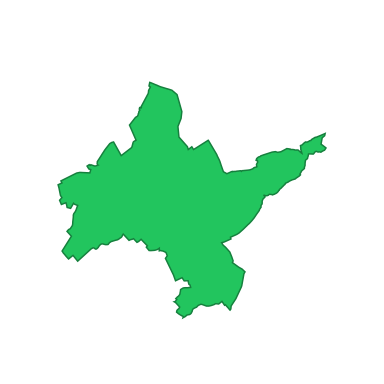 Simeria, Hunedoara, Romania (Mercator projection), rotated 41°
{"feature_id": "2599482B51970777066568", "entity_name": "Simeria", "entity_type": "district", "adm_level": 2, "iso_a3": "ROU", "parent_name": "Romania", "parent_adm1": "Hunedoara", "projection": "mercator", "projection_center": [23.018, 45.861], "detail": "fine", "context": "isolated", "style": "filled", "palette": "green", "viewbox_px": 384, "rotation_deg": 41, "n_neighbors": 0, "source": "geoboundaries", "source_scale": "gbopen_adm2", "svg_char_len": 5926}
<svg xmlns="http://www.w3.org/2000/svg" viewBox="0 0 384 384"><g transform="rotate(41 192 192)"><path d="M284.4,217.5L280.3,217.3L276.6,218.1L268.9,218.8L268.2,217.0L264.6,214.9L259.9,212.5L253.6,211.7L250.4,211.7L247.6,210.8L249.1,208.6L252.2,201.9L250.7,200.9L253.6,194.7L254.4,192.1L255.1,186.6L255.6,180.2L255.9,178.1L256.0,174.6L255.9,171.0L255.3,166.2L254.9,161.9L254.7,161.5L254.3,160.5L254.3,160.0L254.1,158.5L254.1,158.2L253.5,157.6L252.9,156.8L252.8,156.3L252.8,155.6L252.8,155.3L252.5,154.7L252.1,154.2L251.8,153.8L251.3,153.3L250.9,152.7L250.4,151.4L250.2,150.4L250.4,148.1L250.2,147.8L249.6,147.5L248.8,147.5L248.5,147.3L248.7,147.0L249.4,146.8L250.3,146.3L251.3,145.2L251.7,144.4L251.7,144.2L251.8,143.2L252.2,142.7L253.1,142.1L253.9,141.6L254.6,141.4L255.8,139.3L256.0,138.5L256.3,138.0L256.6,136.9L256.7,136.1L256.7,135.0L256.5,134.0L256.7,133.6L256.5,133.3L256.4,132.1L256.6,131.4L256.8,130.1L256.7,129.8L256.8,129.1L256.9,128.3L256.9,126.9L257.0,126.2L257.2,125.3L256.8,124.2L258.2,121.0L258.2,120.9L258.3,120.1L259.6,117.2L261.4,114.3L261.5,113.2L262.5,109.5L262.6,107.9L261.7,107.7L261.1,104.7L260.9,104.5L261.0,103.3L261.1,102.8L261.4,100.7L261.2,100.2L260.7,99.8L259.9,97.8L259.7,97.6L258.0,95.5L257.8,94.9L257.5,94.7L256.9,93.7L256.9,93.2L256.9,92.3L257.1,91.9L257.2,91.2L257.1,90.7L256.7,90.2L256.1,88.7L255.2,87.2L255.0,86.9L255.2,86.7L255.6,86.2L258.4,84.0L258.7,83.7L258.7,82.9L258.6,81.4L258.7,80.5L259.0,80.0L259.4,79.6L260.2,79.5L261.2,78.9L261.4,78.5L261.8,78.1L262.7,77.7L263.2,77.3L263.5,76.1L263.9,75.0L264.6,73.5L264.3,71.0L264.2,70.8L258.0,71.2L254.7,65.7L255.2,62.5L254.1,60.5L251.8,65.3L249.8,69.2L249.1,69.9L247.8,73.9L247.9,75.1L247.2,76.1L246.9,77.1L246.2,78.8L244.8,79.8L244.3,82.3L244.3,84.0L243.4,85.8L245.0,87.2L245.4,87.6L246.2,88.5L249.6,90.7L249.0,90.8L244.8,90.7L244.4,90.8L242.3,92.7L241.2,93.1L239.8,94.1L238.9,94.9L238.2,95.5L237.9,95.2L235.1,97.0L234.4,98.9L232.7,103.3L230.6,105.9L228.5,106.8L226.3,109.3L223.9,113.3L221.9,116.6L220.2,119.6L220.1,120.6L219.5,121.5L219.2,122.1L218.9,124.0L218.9,124.5L219.2,124.9L219.5,126.0L219.9,126.0L220.0,125.7L220.2,125.4L220.8,125.4L221.6,126.0L222.0,126.4L222.3,127.7L222.5,128.8L223.6,129.8L224.2,130.2L224.4,130.4L224.0,131.2L223.3,132.1L222.7,133.5L222.7,134.5L221.2,137.3L219.9,138.8L215.8,143.1L215.7,144.0L215.1,143.9L214.6,144.2L213.2,145.8L212.2,146.8L211.5,147.8L211.0,148.2L209.4,149.8L209.3,150.0L209.1,149.9L208.4,150.8L207.5,152.9L206.3,155.3L202.4,156.1L196.4,152.7L193.1,150.7L191.5,149.9L187.4,148.2L186.1,147.5L185.2,147.2L170.5,142.3L170.3,142.3L166.5,155.1L165.3,158.9L162.2,158.0L161.3,162.4L158.8,160.8L146.1,159.1L138.4,151.8L135.5,143.7L131.6,138.0L116.8,128.3L110.0,128.4L99.1,133.3L89.1,136.6L88.2,137.0L90.0,140.2L91.7,140.1L92.6,143.8L93.6,145.2L94.3,146.3L97.7,161.2L98.2,161.2L98.5,161.8L98.2,162.2L97.3,162.3L97.1,162.6L97.8,164.0L98.3,164.3L98.9,164.4L99.1,166.0L99.5,166.7L99.9,167.3L100.2,168.4L100.6,168.9L101.1,170.3L100.9,171.2L100.4,172.8L100.9,182.1L100.9,182.5L115.8,189.6L115.1,191.6L114.9,192.4L115.0,193.1L116.9,197.0L117.0,197.0L117.2,197.9L117.2,198.6L114.7,211.0L100.0,205.7L98.9,207.3L98.2,209.4L98.5,215.6L98.7,218.3L98.9,219.1L99.2,221.6L99.6,224.1L100.0,226.8L100.6,231.2L101.1,231.8L101.7,232.7L102.5,233.2L103.0,233.5L103.4,233.4L103.2,233.8L102.6,234.9L101.8,236.1L97.8,237.8L97.9,238.1L97.9,238.5L97.4,238.9L96.5,238.8L95.8,241.3L99.1,242.3L100.9,241.5L102.4,244.6L94.5,250.8L92.5,253.4L89.9,259.7L85.8,269.6L87.9,270.5L86.2,274.4L88.8,276.1L89.7,276.8L95.0,280.9L97.5,281.6L97.5,285.1L101.6,287.1L103.9,282.8L106.0,284.1L107.9,285.6L111.1,284.0L110.0,278.2L111.3,278.3L113.9,277.4L114.2,277.2L114.5,277.1L115.6,279.9L116.4,281.9L116.8,283.6L117.0,285.8L117.4,286.9L117.6,287.3L118.8,288.7L120.2,290.7L121.8,293.0L122.7,294.1L123.7,295.7L124.2,299.4L124.1,299.9L123.5,301.3L123.5,303.7L130.0,304.5L132.7,321.8L134.0,322.1L134.6,322.4L136.8,322.7L139.1,323.1L142.6,323.5L142.8,323.5L142.8,323.4L143.5,319.4L143.8,317.9L151.1,319.2L153.2,301.1L153.9,299.1L154.5,298.6L156.6,298.4L157.3,297.7L157.5,296.7L157.5,296.4L157.6,295.4L157.4,294.4L157.3,293.2L157.3,292.6L157.6,290.9L158.6,289.8L158.8,289.6L159.9,289.2L161.5,288.3L162.7,287.1L163.0,286.8L163.1,286.4L163.0,285.0L163.0,284.3L163.5,282.5L166.2,278.2L166.7,277.6L167.2,276.8L167.1,276.7L167.7,275.5L167.9,274.3L168.3,273.0L168.4,272.0L168.2,271.1L167.8,270.0L167.7,268.9L176.2,269.8L176.7,268.6L177.3,267.7L178.0,266.7L178.5,265.6L183.5,266.1L184.2,264.4L184.6,261.1L193.6,261.9L193.7,263.6L198.0,264.3L199.3,263.3L201.8,260.8L202.5,259.9L203.3,258.6L203.7,257.8L204.2,255.9L204.6,256.4L204.8,256.6L205.0,256.8L205.3,257.2L205.9,257.9L206.6,256.9L206.8,256.7L207.4,256.5L208.1,256.0L209.1,255.5L212.0,254.7L215.2,256.4L215.5,259.5L232.3,266.7L237.3,269.5L237.6,269.7L237.8,269.8L240.7,263.2L244.4,264.2L247.3,261.5L248.6,262.6L250.3,263.7L251.6,263.5L253.6,264.9L253.0,265.5L252.3,266.2L251.9,266.7L251.0,267.6L250.3,268.1L248.8,269.6L248.4,270.2L248.0,270.9L248.0,271.1L247.4,273.1L247.8,273.7L248.6,274.9L249.2,276.0L249.7,276.7L250.0,277.6L250.1,278.4L250.1,279.0L250.1,279.6L250.0,280.1L249.8,280.6L249.8,281.5L249.8,282.1L249.7,282.7L249.7,283.1L251.0,283.1L251.0,283.4L251.1,284.0L251.2,285.2L251.1,285.6L250.9,286.0L250.6,286.5L252.1,286.2L258.2,286.9L258.5,288.1L258.6,289.1L258.4,289.6L258.3,290.4L258.3,290.9L258.5,291.6L258.6,292.0L259.0,292.4L259.2,292.8L262.0,292.7L265.6,292.1L265.8,291.9L267.2,291.7L267.7,292.8L267.8,292.5L268.6,290.5L269.0,288.0L270.6,286.0L270.9,284.8L270.9,283.8L270.4,282.0L269.6,280.4L269.6,279.2L270.1,277.8L271.0,275.9L271.0,275.5L271.1,273.5L272.4,270.8L273.8,270.1L277.7,268.6L279.5,267.1L280.9,265.2L282.5,262.5L283.1,260.8L285.6,259.0L286.4,255.1L286.4,254.9L290.9,256.1L291.2,255.2L295.7,255.8L297.9,256.2L298.2,256.2L298.1,254.9L296.3,252.3L295.1,243.7L294.8,242.7L291.6,231.5L291.1,230.2L284.8,219.6L284.4,217.5Z" fill="#22c55e" stroke="#15803d" stroke-width="1.5"/></g></svg>